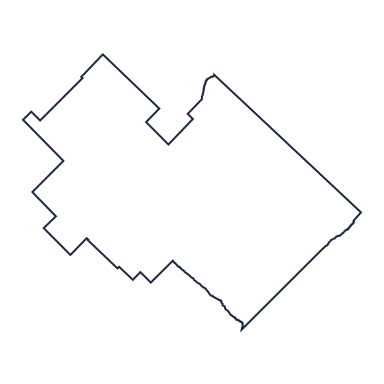 Benito Juárez, Buenos Aires, Argentina (Mercator projection)
{"feature_id": "61730980B96971006202376", "entity_name": "Benito Juárez", "entity_type": "district", "adm_level": 2, "iso_a3": "ARG", "parent_name": "Argentina", "parent_adm1": "Buenos Aires", "projection": "mercator", "projection_center": [-59.675, -37.588], "detail": "fine", "context": "isolated", "style": "outline", "palette": "slate", "viewbox_px": 384, "rotation_deg": 0, "n_neighbors": 0, "source": "geoboundaries", "source_scale": "gbopen_adm2", "svg_char_len": 5658}
<svg xmlns="http://www.w3.org/2000/svg" viewBox="0 0 384 384"><path d="M361.0,212.4L214.2,74.8L214.2,75.0L214.2,75.4L214.1,75.5L214.1,75.9L213.9,76.0L213.7,76.0L213.4,76.3L213.0,76.3L212.6,76.4L212.5,76.5L212.2,76.9L212.0,77.1L211.6,76.9L211.3,76.9L211.1,76.8L210.7,77.0L210.3,77.3L210.1,77.5L209.8,77.6L209.6,77.8L209.3,78.1L208.6,78.4L208.5,78.6L208.0,78.9L207.5,78.9L207.2,79.1L207.1,79.3L206.9,79.4L206.9,79.7L206.8,79.9L206.7,80.4L206.5,80.6L206.2,80.7L205.9,80.7L205.7,81.0L205.7,81.3L205.8,81.5L206.0,82.0L205.5,83.0L205.4,83.1L205.2,83.7L205.2,83.8L205.1,84.0L205.0,84.3L204.8,84.3L204.7,84.5L204.9,84.8L204.8,85.0L204.7,85.1L204.4,85.2L204.3,85.4L204.3,85.8L204.3,86.0L204.2,86.4L204.3,86.7L204.3,86.9L204.0,87.3L203.9,87.4L204.0,88.2L204.0,88.6L203.9,88.8L203.8,89.0L203.4,89.4L203.4,89.5L203.6,89.9L203.7,90.3L203.7,90.7L203.6,91.3L203.4,91.9L203.2,92.1L203.1,92.3L203.1,93.1L203.0,93.5L202.9,93.7L202.8,93.9L202.8,94.6L202.7,94.8L202.6,95.1L202.6,95.3L202.4,95.8L202.2,95.9L202.1,96.1L202.1,96.3L201.9,96.5L201.9,96.9L201.9,97.2L202.0,97.5L202.0,97.8L201.9,98.0L201.9,98.3L201.8,99.3L187.7,113.9L192.9,119.0L168.4,144.5L146.1,122.1L159.3,108.6L102.8,54.4L81.3,76.9L82.5,78.1L40.1,120.5L31.3,111.7L23.0,119.8L63.4,160.9L32.4,192.0L36.1,196.0L55.9,216.3L43.7,228.1L70.4,254.9L86.7,238.2L88.3,239.7L87.9,240.2L117.5,268.4L119.1,266.8L132.9,279.8L140.4,272.1L150.8,282.6L172.8,260.7L172.9,260.9L173.1,261.0L173.3,261.1L173.5,261.4L173.6,261.6L173.9,262.2L174.1,262.5L174.4,262.6L174.6,262.8L174.9,263.0L175.2,263.1L175.5,263.3L175.9,264.0L176.4,264.5L176.9,265.1L177.1,265.5L177.4,265.7L177.8,266.0L178.0,266.3L178.8,266.9L179.4,266.9L179.6,267.0L179.6,267.3L179.9,267.5L180.2,267.6L180.4,267.9L180.6,268.1L180.8,268.4L181.7,269.2L181.8,269.4L182.5,269.8L182.9,269.9L183.0,270.0L183.2,270.3L183.5,270.4L183.7,270.8L183.8,270.9L184.1,271.0L184.4,271.6L184.7,271.8L184.8,272.1L185.1,272.3L185.7,272.7L185.9,272.7L186.0,272.8L186.1,273.0L186.3,273.2L187.1,273.6L187.8,274.1L188.0,274.3L188.3,274.6L188.9,275.0L189.7,275.7L190.0,275.9L190.1,276.3L190.4,276.5L190.6,276.7L191.0,277.1L191.5,277.5L191.8,277.6L192.2,277.8L192.7,278.0L193.1,278.2L193.2,278.5L193.5,279.0L193.6,279.3L193.8,279.6L194.1,280.0L194.7,280.4L195.1,280.6L195.4,280.8L195.7,281.1L196.0,281.5L196.5,281.8L197.1,282.5L197.6,282.8L197.8,283.1L198.4,283.3L199.5,283.7L199.9,284.1L200.3,284.6L201.0,285.3L201.1,285.5L201.5,285.8L202.1,286.5L202.7,286.8L203.0,287.2L203.4,287.5L203.8,287.6L204.2,287.7L204.6,287.9L205.0,288.2L205.3,288.4L205.5,288.6L206.0,289.4L206.4,289.9L207.1,290.6L207.3,290.9L207.8,291.4L208.2,291.7L208.2,292.0L208.5,292.5L208.8,292.9L209.2,293.3L209.3,293.9L209.6,294.2L210.0,294.6L210.3,294.9L210.7,295.3L211.1,295.6L211.5,295.8L211.9,295.8L212.4,295.8L212.7,296.0L212.8,296.3L213.2,296.6L213.2,296.8L213.4,297.1L213.9,297.1L214.2,297.1L214.7,297.4L215.4,297.9L215.9,298.3L216.4,298.6L216.8,298.6L216.9,298.8L217.8,299.1L218.2,299.4L218.4,299.5L218.7,299.7L219.3,300.3L219.9,300.4L220.2,300.3L220.5,300.2L220.8,300.3L221.1,300.5L221.2,300.8L221.1,301.2L221.4,301.5L221.3,301.9L221.5,302.2L221.6,302.6L221.7,302.9L222.2,303.2L222.5,303.5L222.5,304.1L222.5,304.4L222.6,304.9L222.7,305.6L223.2,305.8L223.7,305.8L224.1,306.0L224.5,306.2L224.8,306.6L224.9,307.0L225.0,308.1L225.2,308.6L225.4,308.9L225.7,309.2L226.1,309.5L226.3,309.8L226.8,310.0L227.2,310.3L227.9,310.8L228.1,311.1L228.4,311.4L228.7,311.7L228.8,312.1L228.9,312.4L229.1,312.6L229.3,312.9L230.1,313.9L230.3,314.3L230.8,314.9L231.2,315.0L231.5,315.4L231.8,315.6L232.3,315.8L232.6,316.2L233.0,316.5L233.6,316.8L234.8,317.2L235.0,317.4L234.9,317.8L234.8,318.0L234.9,318.3L235.2,318.5L236.5,319.0L236.5,319.5L236.5,319.8L236.8,319.9L237.2,320.0L237.5,320.1L237.9,320.2L238.2,320.1L238.6,320.0L238.8,320.3L238.9,320.6L239.1,320.8L239.6,321.0L240.0,321.1L240.0,321.4L240.2,321.8L240.6,322.0L240.9,322.0L241.1,321.8L241.5,321.8L241.8,322.1L241.9,322.4L242.3,322.5L242.6,322.7L242.6,323.1L242.4,323.5L242.4,324.0L242.5,324.4L242.7,324.6L242.8,325.0L242.8,325.6L242.7,326.0L242.5,326.3L242.3,326.8L242.2,327.3L242.1,327.7L241.9,328.1L241.8,328.5L241.8,329.0L241.7,329.6L322.9,248.5L323.1,248.5L323.2,248.4L323.3,248.1L323.5,248.0L323.7,247.9L323.9,247.8L324.1,247.6L324.3,247.4L324.6,247.2L325.0,246.5L325.3,246.3L325.6,245.9L326.5,245.8L326.7,245.7L326.9,245.6L327.1,245.3L327.4,244.9L327.6,244.8L327.8,244.6L327.9,244.3L328.2,244.1L328.2,243.8L328.2,243.4L328.3,243.3L328.5,243.0L328.6,242.8L328.8,242.5L329.3,242.2L329.9,241.6L330.1,241.4L330.5,240.9L330.6,240.7L330.7,240.3L331.5,239.8L332.1,239.6L332.4,239.5L333.1,239.1L333.5,238.8L334.3,238.5L334.9,238.3L335.1,238.2L335.6,237.6L335.7,237.3L335.8,237.1L335.9,236.9L336.1,236.8L337.0,236.3L337.1,236.2L337.3,236.2L337.6,236.0L337.8,236.1L338.0,236.2L338.6,235.9L339.3,235.8L339.6,235.8L339.8,235.7L340.2,235.3L340.3,235.1L340.5,235.1L340.7,234.9L340.8,234.8L341.3,234.5L341.5,234.2L342.1,233.7L342.4,233.4L342.7,233.3L342.9,232.9L343.2,232.7L343.5,232.6L343.8,232.2L344.3,231.6L344.4,231.4L344.5,231.2L344.9,230.9L345.8,230.1L346.4,229.9L346.8,229.5L347.1,229.2L347.4,229.2L347.7,229.2L347.9,229.0L348.1,229.1L348.1,229.3L348.3,229.2L348.4,228.9L348.3,228.5L348.3,228.4L348.7,228.2L348.8,228.0L348.9,227.9L349.0,227.7L349.0,227.4L349.7,227.1L349.9,226.6L350.2,226.4L350.5,226.4L350.6,226.2L350.6,225.8L350.6,225.6L350.6,225.4L350.8,225.3L351.0,225.3L351.2,225.2L351.7,224.8L351.7,224.4L351.9,224.4L352.1,224.3L352.3,224.1L352.6,223.8L352.7,223.6L352.9,223.6L353.2,223.5L353.4,223.4L353.4,223.2L353.6,222.5L353.6,222.0L354.0,221.7L353.9,221.4L353.6,221.3L353.5,221.2L353.5,220.9L353.6,220.6L361.0,212.4Z" fill="none" stroke="#1e293b" stroke-width="2"/></svg>